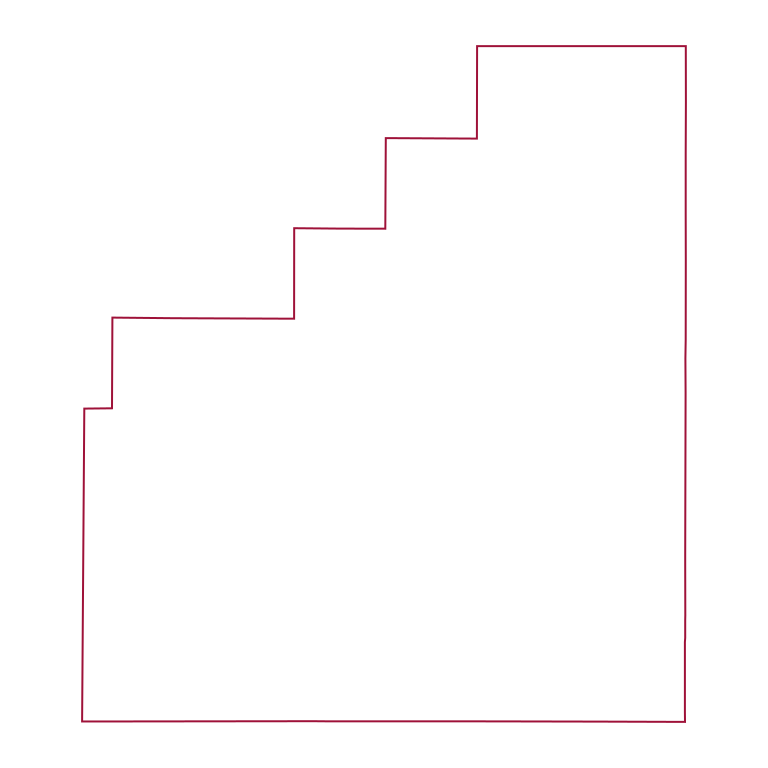 Curry, New Mexico, United States of America (Robinson projection)
{"feature_id": "52423323B94709577697602", "entity_name": "Curry", "entity_type": "district", "adm_level": 2, "iso_a3": "USA", "parent_name": "United States of America", "parent_adm1": "New Mexico", "projection": "robinson", "projection_center": [-103.219, 34.628], "detail": "fine", "context": "isolated", "style": "outline", "palette": "rose", "viewbox_px": 768, "rotation_deg": 0, "n_neighbors": 0, "source": "geoboundaries", "source_scale": "gbopen_adm2", "svg_char_len": 638}
<svg xmlns="http://www.w3.org/2000/svg" viewBox="0 0 768 768"><path d="M84.3,408.6L82.1,721.5L313.6,721.2L324.8,721.3L446.2,721.3L504.8,721.4L598.7,721.6L685.0,721.9L684.9,711.4L684.9,642.1L685.0,640.7L685.2,638.0L685.2,636.8L685.2,636.5L685.2,632.7L685.2,630.8L685.2,627.5L685.2,623.9L685.2,620.2L685.3,615.3L685.2,563.2L685.2,559.0L685.2,558.9L685.2,555.9L685.6,393.0L685.4,358.4L685.7,339.6L685.8,260.6L685.7,214.1L685.7,153.9L685.9,102.7L685.8,46.1L477.1,46.1L476.9,138.6L385.8,138.1L385.3,228.7L339.7,228.6L294.2,228.2L294.1,318.7L173.4,318.2L112.4,317.6L112.0,408.3L84.3,408.6Z" fill="none" stroke="#9f1239" stroke-width="2"/></svg>